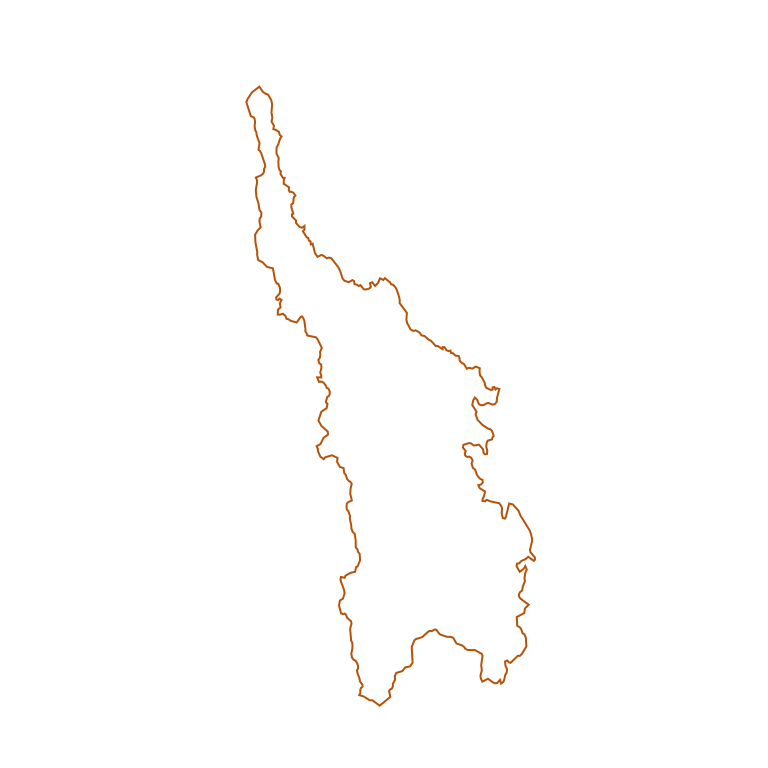 Jaú do Tocantins, Tocantins, Brazil (Equal Earth projection), rotated 164°
{"feature_id": "56859067B80023997915939", "entity_name": "Jaú do Tocantins", "entity_type": "district", "adm_level": 2, "iso_a3": "BRA", "parent_name": "Brazil", "parent_adm1": "Tocantins", "projection": "equal_earth", "projection_center": [-48.634, -12.857], "detail": "fine", "context": "isolated", "style": "outline", "palette": "amber", "viewbox_px": 768, "rotation_deg": 164, "n_neighbors": 0, "source": "geoboundaries", "source_scale": "gbopen_adm2", "svg_char_len": 6122}
<svg xmlns="http://www.w3.org/2000/svg" viewBox="0 0 768 768"><g transform="rotate(164 384 384)"><path d="M357.6,65.3L354.0,67.6L354.0,63.8L351.6,64.6L350.3,66.1L347.4,71.2L345.7,72.7L344.3,76.0L344.9,79.8L344.1,83.9L341.6,84.1L340.7,82.0L339.1,81.1L330.4,85.8L328.4,85.2L325.9,86.6L319.5,92.4L317.6,101.1L318.0,104.8L319.5,106.2L319.7,110.8L320.6,112.8L322.6,114.9L320.6,123.4L312.3,125.2L310.5,129.3L305.7,131.9L311.7,139.7L312.8,142.0L312.4,144.3L310.8,146.3L308.1,147.5L306.6,150.7L302.9,155.6L302.3,159.2L300.2,163.6L297.9,166.3L298.4,170.1L300.7,167.8L305.3,166.1L306.8,172.1L305.7,174.7L303.5,174.4L300.7,176.1L296.2,176.6L293.0,178.1L288.7,172.7L287.3,173.6L286.8,175.7L289.6,181.9L289.3,184.5L284.9,192.3L284.3,194.9L284.0,199.9L284.3,203.1L289.1,219.9L289.6,225.0L293.3,232.7L296.6,234.6L303.7,222.3L305.0,221.3L306.7,222.3L306.6,226.9L304.7,232.3L305.0,234.5L306.1,237.6L313.7,241.7L317.4,244.4L319.1,243.4L321.6,244.4L320.7,246.6L319.2,248.1L316.4,252.7L320.7,257.4L321.2,260.8L318.6,260.6L316.2,262.1L315.7,264.7L317.4,266.0L318.4,267.6L319.7,271.1L320.0,276.6L321.7,278.9L321.8,283.2L319.9,286.1L320.5,289.2L322.3,290.7L324.4,291.1L325.7,292.9L325.4,295.2L323.9,297.0L325.7,301.1L324.4,303.6L319.1,303.8L317.0,303.2L314.4,300.0L309.4,299.5L306.8,294.0L307.3,290.3L306.4,288.6L304.2,288.4L303.0,291.9L303.0,295.6L301.7,298.8L300.0,300.9L295.5,301.0L294.4,303.0L292.9,303.7L292.9,305.9L293.2,309.3L294.2,311.2L296.4,312.5L300.7,317.6L304.0,323.9L304.3,329.8L302.7,331.8L305.0,339.5L302.5,344.0L300.4,345.9L298.8,343.1L298.3,338.4L296.4,336.7L293.6,336.4L290.2,337.2L288.6,336.8L285.4,334.2L283.1,334.1L280.7,335.6L279.1,339.7L274.5,347.4L276.8,348.8L278.3,348.0L278.7,350.7L280.6,350.8L281.1,348.6L282.9,348.8L286.7,352.0L287.2,354.8L286.9,357.4L288.1,363.3L289.2,365.6L288.9,369.1L287.6,372.8L291.1,375.5L294.8,374.4L297.9,376.2L300.2,375.8L301.6,381.1L303.6,383.0L304.8,385.5L304.3,388.1L304.5,390.3L307.5,391.6L309.1,394.4L311.1,395.5L310.9,397.8L313.0,397.8L314.7,399.3L315.6,402.6L317.3,403.3L318.1,401.3L321.9,405.8L323.7,406.1L327.0,412.7L328.7,414.1L331.8,418.9L334.6,420.5L335.6,423.7L339.0,427.0L340.8,426.7L343.4,429.0L344.9,435.9L344.8,439.4L342.4,446.1L346.7,457.5L345.8,460.2L345.5,463.2L345.7,470.9L346.5,474.2L347.9,476.8L349.7,477.9L350.1,479.9L354.0,485.5L356.0,484.2L358.7,486.7L361.7,483.0L365.5,480.7L367.3,485.1L369.8,484.7L369.8,481.0L371.9,479.8L375.8,479.9L377.4,480.7L379.3,485.5L381.4,485.2L382.7,487.0L384.8,488.1L384.4,491.1L385.7,492.6L389.9,491.6L393.6,494.2L394.8,497.0L395.0,504.7L395.7,508.7L400.0,519.5L402.1,520.7L404.3,520.5L406.7,523.9L408.5,525.3L412.8,524.6L414.3,528.9L413.9,538.5L415.9,538.3L415.3,541.3L416.7,542.6L416.6,545.3L417.9,546.3L419.9,553.2L417.9,554.3L416.9,557.9L419.5,556.8L421.9,558.2L424.3,563.4L423.4,565.2L426.2,570.4L425.8,572.5L424.2,572.8L424.4,579.2L423.5,582.2L421.5,582.8L419.3,588.3L417.2,589.5L418.4,592.9L420.2,594.4L421.7,594.7L422.1,596.6L421.1,599.3L425.2,604.1L424.2,607.5L422.9,609.5L424.3,610.0L425.6,614.6L424.5,616.8L425.5,618.8L425.5,621.6L424.3,626.8L422.9,630.1L423.8,635.2L422.1,640.9L419.6,643.5L416.3,648.5L414.3,650.1L415.6,652.2L415.5,655.3L418.3,658.4L420.1,659.4L418.6,662.7L419.8,667.2L417.9,670.8L417.4,675.8L414.5,683.5L414.1,688.0L415.8,694.3L418.3,696.1L419.9,698.3L421.9,704.2L430.6,700.7L436.6,695.5L438.6,693.0L438.2,678.2L435.7,676.1L435.3,674.2L435.8,671.0L437.3,667.7L437.8,663.3L437.3,661.2L437.8,658.3L437.3,649.6L440.1,643.8L439.0,642.2L438.4,639.8L437.9,628.1L438.3,625.4L440.0,623.9L440.7,621.4L441.9,619.8L444.3,618.5L450.3,617.8L449.9,615.3L450.6,612.3L453.7,606.0L455.0,599.3L454.9,592.0L455.7,585.6L454.6,582.4L456.0,578.8L457.8,577.3L458.9,574.8L459.4,568.5L463.0,566.6L466.8,563.0L468.5,555.9L469.5,545.6L470.3,543.3L470.8,537.8L467.2,534.6L464.2,528.8L458.9,525.8L460.1,514.0L459.4,510.1L458.0,509.5L457.5,505.1L458.4,501.4L459.6,499.6L464.0,496.8L464.0,494.8L462.6,493.8L461.0,494.8L459.3,493.1L461.9,490.3L462.3,486.2L465.4,484.7L467.0,480.0L464.7,479.3L461.9,479.5L460.1,477.0L459.7,473.5L457.8,472.5L456.5,470.6L451.0,467.2L446.0,471.2L444.3,471.7L443.5,469.7L443.1,466.9L444.4,458.3L445.1,456.3L444.4,454.2L444.4,451.8L436.6,447.7L435.6,445.7L433.8,435.8L436.6,432.5L437.2,429.6L438.5,426.9L440.5,425.2L440.5,421.7L439.0,420.0L439.7,416.7L442.2,412.5L441.9,409.8L442.5,407.6L446.4,408.8L445.9,403.9L443.3,403.5L441.8,402.1L440.2,398.2L440.2,396.2L438.8,395.0L438.2,391.9L438.9,389.4L440.2,387.7L442.0,387.3L444.1,384.1L444.9,382.2L443.8,380.5L445.9,376.5L451.9,374.6L457.1,367.0L455.8,361.1L451.2,353.8L451.8,350.7L456.9,349.0L461.6,343.8L465.9,342.8L465.5,339.7L466.0,337.6L465.2,331.7L462.7,328.4L460.7,329.8L453.6,329.8L449.0,325.7L450.6,322.2L449.3,316.5L446.0,314.2L446.8,309.2L445.8,307.0L445.7,303.3L444.6,300.5L443.3,299.3L442.5,297.0L444.9,292.8L446.7,287.8L447.0,280.9L451.0,280.3L452.6,279.3L453.9,276.3L454.3,273.6L453.3,271.6L453.0,266.3L453.9,264.4L454.5,256.9L455.2,254.0L454.9,250.8L453.4,247.7L454.4,241.3L456.2,234.7L455.2,232.5L455.2,229.7L454.2,227.5L455.6,221.2L459.7,215.9L461.4,215.6L463.5,211.5L468.1,211.7L473.8,210.4L475.3,208.6L478.6,210.4L479.7,208.1L479.8,205.4L479.2,197.4L479.5,193.8L482.6,189.0L486.1,188.0L488.3,183.5L488.5,175.3L486.9,174.2L485.1,174.2L484.0,172.3L484.0,169.7L481.1,165.0L481.3,162.6L484.0,158.1L486.3,146.5L485.8,143.6L487.2,138.7L489.7,133.9L490.2,130.4L489.3,127.4L487.6,125.8L486.7,122.7L486.8,119.6L487.6,117.3L488.9,116.3L489.2,113.3L488.7,107.5L489.1,104.9L487.6,100.8L488.1,99.0L490.1,98.0L491.2,96.3L491.8,93.7L493.5,91.7L489.7,89.3L484.8,83.8L482.4,83.2L476.8,76.0L464.1,81.5L463.8,87.4L462.3,88.7L460.3,89.1L458.7,91.1L458.1,93.4L454.8,96.8L454.2,100.2L451.8,102.9L445.5,103.0L441.7,105.7L436.8,105.4L433.3,108.2L429.9,123.5L425.5,129.2L423.8,130.0L416.9,130.2L409.4,133.9L407.7,134.0L406.3,133.2L403.2,134.1L401.4,133.3L399.6,128.4L398.3,127.1L393.0,123.6L389.2,122.4L387.4,120.9L385.9,114.7L381.0,111.2L379.4,109.1L378.8,107.0L376.8,105.2L370.0,103.2L364.4,97.6L364.2,95.5L368.1,86.9L368.9,81.8L371.7,77.0L372.1,74.3L371.5,70.8L365.3,72.0L361.3,66.9L359.7,65.7L357.6,65.3Z" fill="none" stroke="#b45309" stroke-width="2"/></g></svg>